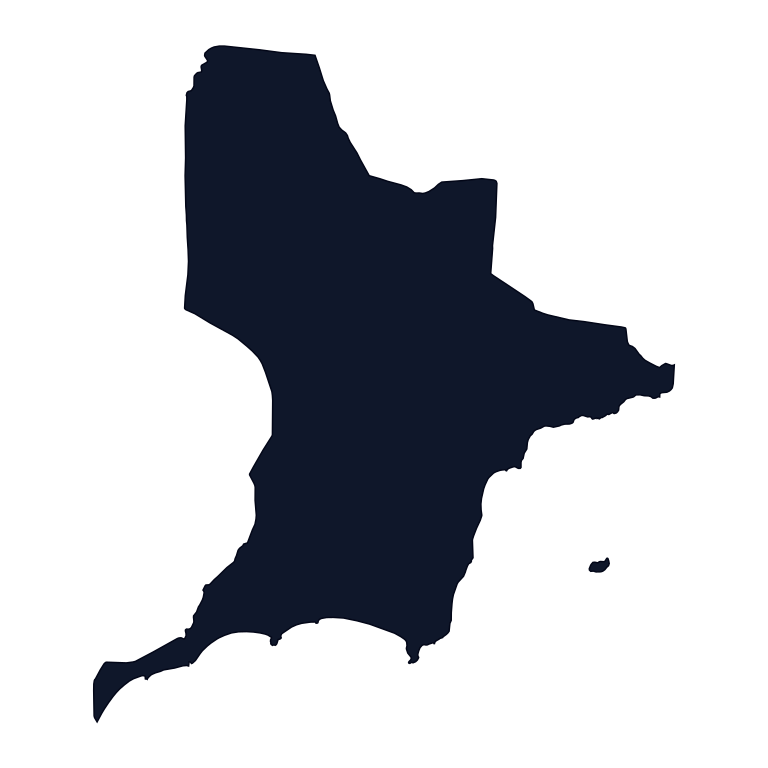 the district of Tuy Phong, Bình Thuận, Vietnam
{"feature_id": "81297802B73162737965460", "entity_name": "Tuy Phong", "entity_type": "district", "adm_level": 2, "iso_a3": "VNM", "parent_name": "Vietnam", "parent_adm1": "Bình Thuận", "projection": "mercator", "projection_center": [108.691, 11.341], "detail": "fine", "context": "isolated", "style": "filled", "palette": "ink", "viewbox_px": 768, "rotation_deg": 0, "n_neighbors": 0, "source": "geoboundaries", "source_scale": "gbopen_adm2", "svg_char_len": 6085}
<svg xmlns="http://www.w3.org/2000/svg" viewBox="0 0 768 768"><path d="M97.1,721.9L101.7,713.3L104.4,708.8L108.4,702.8L113.0,696.5L116.3,692.5L119.7,688.9L124.3,684.9L129.2,681.1L133.5,678.7L140.9,676.0L142.5,675.6L144.1,675.8L145.3,676.4L145.5,676.8L145.2,677.6L145.4,679.0L146.5,679.0L147.2,679.3L147.2,678.9L148.9,676.9L150.9,675.0L152.3,674.2L155.5,672.8L160.6,671.3L163.6,669.9L174.7,668.0L182.9,665.8L186.7,665.5L188.6,666.0L189.1,661.8L190.2,661.8L191.5,663.5L192.5,663.1L195.4,660.5L200.2,653.5L202.4,650.7L207.4,645.9L211.0,643.0L216.9,639.0L219.0,637.8L224.5,635.3L231.5,632.9L238.5,631.8L246.4,631.6L253.4,632.0L260.0,632.9L265.3,634.1L268.0,635.1L271.4,637.3L271.5,637.8L270.6,639.9L270.5,641.5L270.9,642.6L270.8,643.8L271.5,644.7L272.6,645.4L273.8,644.8L275.2,645.3L276.0,644.8L276.8,643.7L278.1,639.5L279.8,639.1L280.6,638.6L281.2,637.9L280.7,635.9L281.7,633.7L291.6,627.0L296.5,624.8L301.7,623.3L310.3,622.1L314.7,622.0L315.7,622.4L316.0,623.2L317.0,623.2L317.9,622.7L318.3,620.8L319.4,619.4L321.5,618.4L326.6,617.5L333.3,617.4L343.5,618.0L357.1,620.8L369.6,624.1L394.6,633.2L400.9,636.7L404.5,639.2L405.9,640.6L406.7,642.3L407.0,645.7L406.4,648.2L406.5,649.2L407.8,653.1L410.8,656.8L411.2,657.6L411.2,658.6L410.7,659.9L409.0,661.6L408.6,662.5L408.7,663.0L409.8,663.4L411.6,662.3L413.0,662.8L415.6,661.7L417.4,660.0L418.6,657.7L418.6,657.2L418.1,656.6L417.9,655.7L417.8,654.2L418.7,650.9L420.0,647.7L422.1,645.3L423.9,644.6L426.0,645.0L427.6,644.8L428.6,644.2L432.8,642.8L433.5,642.8L434.1,643.7L434.5,643.6L434.7,642.4L436.1,640.8L439.0,639.2L439.8,638.5L442.7,637.5L442.9,636.9L446.2,634.5L447.8,633.0L449.1,631.2L449.9,623.4L451.2,620.4L451.3,612.6L452.0,603.4L452.5,599.1L453.4,594.6L457.1,584.0L458.1,582.2L463.5,576.3L465.3,572.1L465.9,570.0L467.4,566.0L468.6,563.8L470.8,562.5L471.4,561.2L471.3,560.2L473.0,557.8L472.4,540.2L472.6,539.0L473.6,535.8L476.5,528.3L480.2,520.4L481.7,515.9L481.8,515.1L481.1,509.9L480.9,504.0L481.5,498.4L483.7,488.7L485.1,484.8L487.8,479.0L489.0,477.4L493.6,473.0L495.8,471.8L499.8,470.4L501.9,470.0L505.0,469.7L505.4,469.9L505.9,470.6L506.6,470.8L507.4,469.4L509.0,468.3L512.7,467.0L514.5,466.6L515.8,467.0L517.5,468.0L518.6,468.4L520.3,468.3L521.0,467.4L521.0,462.5L521.4,460.5L523.1,458.4L524.2,453.2L526.8,449.0L527.4,442.5L528.2,439.6L530.2,435.9L532.1,434.2L533.7,431.5L534.9,430.4L536.4,429.5L540.7,428.1L544.3,426.1L546.0,425.9L550.0,426.3L553.4,427.2L559.4,425.9L561.2,425.0L564.8,424.1L569.5,424.0L570.8,423.6L572.1,423.1L573.0,422.4L574.0,419.7L574.5,419.1L576.4,417.9L578.3,417.5L579.4,416.5L581.7,415.4L583.4,415.5L587.7,416.9L589.4,416.7L590.8,416.9L592.2,418.8L592.7,419.1L596.3,418.0L597.0,418.1L597.1,418.5L598.0,418.2L598.8,418.2L599.1,418.9L599.4,418.9L600.9,417.6L602.2,417.5L605.4,415.7L607.2,414.1L608.8,414.5L611.3,413.1L612.7,412.6L613.2,412.7L613.8,413.4L614.5,413.5L616.4,412.9L617.6,411.7L618.6,410.1L618.9,406.7L619.4,405.6L620.6,404.3L623.8,401.7L625.4,399.6L626.8,398.6L633.0,397.1L633.8,396.7L635.9,394.9L640.1,394.8L644.1,395.7L648.6,395.9L650.9,396.6L652.9,398.2L654.7,398.2L655.7,398.0L658.1,396.7L659.7,397.0L659.8,394.2L660.1,393.5L661.6,392.7L666.9,392.2L669.4,391.0L671.0,389.6L672.3,387.9L673.2,383.8L674.3,364.9L673.2,365.4L671.4,365.5L666.5,363.7L665.5,363.5L661.7,365.7L659.6,367.6L656.2,366.3L649.2,362.7L644.9,360.2L642.7,358.2L640.5,355.4L639.4,354.6L635.0,348.5L632.4,346.5L629.4,345.4L628.9,345.0L628.0,343.3L627.3,341.4L625.9,329.1L625.6,328.2L625.1,327.8L621.4,327.0L604.9,324.8L583.9,321.6L569.0,319.9L547.8,314.9L542.8,313.3L534.9,310.2L534.3,309.7L532.9,303.7L532.1,302.0L531.0,301.0L524.8,296.5L493.3,275.6L490.7,273.6L492.6,248.5L492.5,245.6L495.6,217.4L496.9,183.4L496.2,181.3L494.9,180.4L493.7,180.0L481.8,178.7L462.9,180.6L441.8,182.1L438.4,184.3L434.6,187.9L429.0,191.5L425.3,193.0L422.7,193.5L419.4,193.0L416.1,193.1L414.2,192.8L411.2,189.7L406.8,187.0L401.0,184.9L387.6,181.3L380.1,178.8L369.2,175.7L360.4,159.8L357.0,153.0L350.2,142.4L348.2,138.2L347.4,135.5L345.6,132.9L341.6,129.9L339.1,127.1L337.7,123.6L335.6,116.0L333.1,109.9L330.3,100.7L329.6,94.9L329.2,93.2L326.9,88.9L323.3,80.7L319.3,67.8L315.0,55.3L306.3,54.3L281.6,52.7L259.6,49.8L224.6,46.1L219.2,46.1L214.1,47.0L211.4,48.1L208.8,49.6L205.0,53.1L204.6,55.3L204.9,56.4L207.6,60.4L207.3,61.8L206.7,62.4L201.9,65.1L201.4,65.7L201.1,66.9L201.7,70.3L201.6,71.3L201.3,71.8L200.9,72.1L197.9,72.6L196.7,73.3L194.5,75.7L194.1,77.1L194.0,85.9L193.4,87.5L191.6,90.3L190.6,90.9L188.2,91.5L187.0,92.7L186.3,95.3L186.8,96.5L186.8,100.0L185.2,125.9L185.6,158.0L185.1,175.8L185.8,206.3L186.4,214.9L186.5,220.6L186.9,225.0L187.3,237.5L188.1,249.8L188.5,261.4L187.9,274.8L185.3,295.6L184.6,308.1L184.8,308.7L185.9,309.7L194.9,313.7L210.0,322.9L232.5,335.2L238.0,338.8L246.8,346.1L252.3,351.0L258.1,357.1L260.3,360.4L262.2,363.8L265.5,372.3L271.9,391.6L272.4,395.5L272.7,400.4L272.4,434.7L272.0,436.0L263.2,449.9L253.6,466.6L249.6,474.0L249.6,474.9L254.0,483.3L254.9,485.5L255.2,487.4L255.1,500.4L256.3,515.2L256.0,519.1L255.0,524.3L252.4,529.9L247.5,542.9L243.6,544.1L242.9,545.7L239.9,548.0L239.0,549.0L238.1,550.3L236.5,555.6L235.2,558.5L234.5,561.3L233.4,562.5L227.0,567.5L217.7,576.6L214.3,579.6L210.1,584.1L209.0,584.8L205.9,585.0L205.2,585.7L203.0,590.1L204.0,591.6L204.1,592.9L203.3,597.3L202.3,600.1L199.7,605.1L198.5,606.8L196.6,612.0L193.6,615.8L193.5,617.3L193.9,621.2L193.7,622.7L191.5,627.4L190.3,628.6L188.9,629.2L186.4,629.1L185.5,629.9L185.4,630.9L186.0,633.4L186.1,635.7L184.6,638.8L183.8,639.0L181.4,637.9L180.7,637.8L178.8,638.0L177.4,638.5L153.0,652.1L135.4,661.4L133.1,662.0L126.3,662.9L106.4,662.2L105.5,662.5L104.1,663.8L100.4,669.7L95.4,679.0L94.7,679.7L94.3,680.7L93.8,684.1L93.7,690.6L94.1,715.9L94.6,717.7L97.1,721.9ZM608.7,560.9L608.0,558.7L607.6,558.3L607.1,558.2L606.7,558.5L605.1,561.0L604.3,561.7L600.3,561.5L599.2,561.8L598.3,562.5L597.6,562.8L594.8,562.2L592.9,562.4L591.1,564.5L590.4,565.9L589.3,568.6L589.4,570.0L590.7,571.3L593.4,571.1L596.0,571.9L600.8,571.8L602.7,571.2L604.8,569.7L606.8,567.2L608.5,565.7L609.2,563.5L608.7,560.9Z" fill="#0f172a" stroke="#020617" stroke-width="1.5"/></svg>